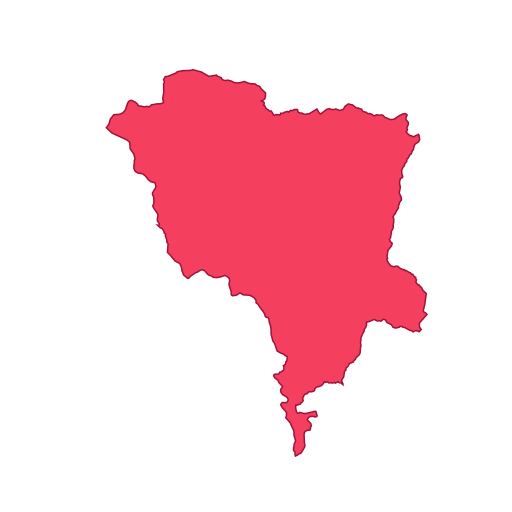 the district of Sao Salvador Do Mundo, São Salvador do Mundo, Cabo Verde, rotated 107°
{"feature_id": "66160863B42982614395502", "entity_name": "Sao Salvador Do Mundo", "entity_type": "district", "adm_level": 2, "iso_a3": "CPV", "parent_name": "Cabo Verde", "parent_adm1": "São Salvador do Mundo", "projection": "albers", "projection_center": [-23.615, 15.088], "detail": "fine", "context": "isolated", "style": "filled", "palette": "rose", "viewbox_px": 512, "rotation_deg": 107, "n_neighbors": 0, "source": "geoboundaries", "source_scale": "gbopen_adm2", "svg_char_len": 6060}
<svg xmlns="http://www.w3.org/2000/svg" viewBox="0 0 512 512"><g transform="rotate(107 256 256)"><path d="M114.4,396.0L116.1,394.5L118.8,394.6L126.2,392.1L132.5,391.3L136.5,389.3L138.5,392.1L139.3,394.8L142.0,400.2L144.4,401.5L144.9,404.5L146.0,406.1L146.3,409.8L146.9,412.4L145.6,413.4L144.2,416.1L143.5,420.4L144.0,421.8L145.5,423.0L147.8,423.5L154.4,423.6L158.0,425.2L160.4,427.9L162.3,433.2L167.5,435.3L172.8,435.2L177.1,436.6L180.5,429.7L182.7,413.6L184.2,410.0L190.4,407.6L194.0,402.8L198.4,400.1L200.6,400.3L202.6,399.5L205.0,399.3L208.3,398.2L210.5,396.1L211.2,392.7L210.5,388.4L212.1,384.7L214.4,381.4L215.7,378.4L215.6,373.9L218.6,372.1L220.1,372.0L225.8,373.4L227.3,373.1L229.5,371.1L233.9,369.5L236.1,369.1L238.4,369.4L240.4,367.5L243.9,363.0L245.4,361.7L250.2,361.0L251.4,360.4L253.6,357.6L255.2,358.0L255.3,359.1L257.0,355.9L257.2,353.8L259.1,351.4L260.7,350.7L261.4,348.9L263.3,348.6L266.4,346.2L268.9,345.3L270.2,343.6L278.5,341.7L279.7,339.2L284.5,331.8L285.5,326.7L288.0,324.4L292.0,322.3L295.3,319.7L297.3,315.0L297.0,313.9L294.8,313.0L289.8,309.0L288.2,306.9L286.3,305.5L284.9,303.6L285.0,300.9L288.0,296.2L288.2,292.4L288.9,290.7L288.1,287.1L286.4,283.8L283.6,279.9L284.3,277.0L285.4,274.9L287.2,274.0L290.4,273.7L292.1,273.0L297.3,269.3L300.3,268.3L300.9,266.9L299.3,263.4L296.0,260.5L296.9,257.0L295.4,250.6L295.8,247.9L296.4,245.8L298.0,243.5L299.5,242.5L300.7,242.3L301.7,239.8L304.4,236.7L307.4,232.4L309.2,230.6L310.9,229.6L311.7,228.3L311.2,226.5L312.2,225.5L316.1,223.6L318.3,221.8L321.9,220.1L326.3,218.7L330.8,216.0L332.9,214.5L334.1,212.7L340.7,208.0L341.5,204.4L341.8,200.8L342.7,199.2L343.0,196.7L347.4,195.8L348.1,196.5L351.1,196.2L353.0,197.8L353.8,197.0L355.9,196.2L356.8,196.2L359.6,198.1L360.1,199.3L362.0,199.8L362.6,200.5L363.1,202.6L363.9,203.8L364.4,204.1L365.5,204.1L367.2,202.2L368.3,198.8L370.4,197.1L373.0,192.4L376.5,193.4L378.8,192.6L380.7,190.3L382.0,185.0L383.8,183.3L385.0,183.1L386.9,183.7L387.4,184.2L388.5,188.2L391.0,189.0L393.4,186.5L395.7,182.6L397.0,181.0L399.8,180.2L402.0,180.2L405.4,174.7L412.3,168.6L416.6,167.1L420.8,164.3L422.2,164.1L424.3,164.5L430.2,163.6L431.2,162.9L432.4,161.2L435.1,160.4L435.8,159.8L434.3,158.1L433.0,157.4L431.3,155.3L424.5,153.6L423.0,153.8L420.1,155.2L412.8,157.8L410.6,158.1L408.3,156.9L406.6,153.4L405.3,153.3L404.6,153.9L402.3,153.4L400.1,154.7L398.0,158.5L397.5,159.1L396.7,159.0L394.8,158.4L393.7,157.3L392.5,154.2L392.8,152.9L391.8,151.0L391.0,150.8L387.3,153.1L387.1,153.9L391.8,161.9L392.7,164.6L392.6,167.7L392.9,168.6L394.0,169.4L394.2,170.1L393.2,171.7L390.1,173.5L386.9,174.4L386.8,173.3L385.9,172.4L385.3,170.9L384.4,170.2L383.3,170.1L383.1,169.6L381.5,168.8L380.5,168.6L378.4,169.8L374.4,169.2L373.2,167.9L373.0,167.1L370.5,165.8L369.4,162.7L368.0,160.9L367.0,160.7L366.0,161.0L364.1,160.1L363.1,159.1L362.6,157.7L360.5,155.3L358.1,154.2L356.2,153.9L356.5,152.8L355.5,150.7L356.1,149.2L355.2,147.1L355.3,146.0L353.9,143.6L354.4,143.0L352.3,140.8L352.8,139.6L352.6,137.6L353.6,135.2L352.6,135.6L350.6,137.4L349.6,137.8L346.0,136.8L340.5,137.6L338.7,136.6L338.0,137.1L336.7,137.0L334.4,135.7L331.5,135.2L329.1,132.1L326.8,131.4L326.0,130.8L323.9,130.5L320.0,128.3L318.2,128.1L312.9,129.3L312.1,129.2L310.0,129.8L308.3,130.8L305.6,131.1L304.2,131.7L299.4,131.3L296.2,130.6L294.3,131.0L292.2,130.2L289.5,130.1L287.1,131.1L285.8,128.9L282.1,124.4L282.7,121.1L281.7,118.7L281.9,117.6L281.0,116.7L279.5,116.1L279.2,115.3L279.4,113.1L280.6,112.4L281.4,110.9L282.0,106.6L284.1,104.1L284.1,101.4L282.3,98.3L281.8,98.2L281.9,97.9L281.1,97.3L280.7,95.7L281.3,94.5L280.9,93.2L282.1,87.0L282.0,85.2L282.7,83.5L280.9,82.1L280.4,79.2L280.7,77.8L277.9,76.5L276.2,78.8L273.8,79.8L272.0,80.0L262.0,75.4L261.0,76.7L260.3,79.4L259.5,80.0L252.4,80.5L242.1,82.2L240.1,86.2L237.6,88.7L237.3,89.9L236.0,91.4L236.2,92.8L234.3,95.5L231.9,95.5L231.1,96.6L229.7,97.0L229.4,98.7L227.7,100.7L227.9,101.8L226.9,103.4L226.9,104.8L226.0,108.2L226.4,108.8L225.6,110.5L226.1,111.1L225.6,114.7L224.3,117.5L225.1,119.8L226.1,120.9L225.9,122.6L226.2,123.6L224.1,127.1L221.1,129.9L219.8,129.4L218.9,130.2L217.3,130.7L212.0,131.4L207.4,129.6L205.5,129.3L203.8,129.6L203.2,131.4L201.2,133.3L199.2,132.7L192.2,133.7L190.8,133.2L188.4,133.1L185.9,133.9L184.0,134.1L180.3,135.0L179.1,136.2L176.3,136.1L175.2,135.3L172.2,134.9L168.3,133.8L166.4,134.5L164.9,134.2L162.9,134.4L159.8,133.3L157.1,134.5L154.0,137.4L147.9,138.1L145.1,139.7L142.5,140.5L139.7,140.5L138.2,138.9L136.8,139.0L135.2,140.3L131.7,141.8L128.0,141.3L126.3,140.5L124.3,140.7L121.6,139.5L119.4,140.0L117.8,139.1L114.2,138.4L113.0,137.4L109.6,137.2L108.2,136.6L105.4,136.9L102.8,136.7L99.2,133.9L96.9,133.5L93.0,135.3L92.2,136.3L95.9,140.2L95.6,142.7L95.8,144.0L94.6,146.9L93.3,148.7L91.9,148.1L90.9,148.1L89.5,149.2L85.2,148.8L83.6,149.5L81.9,152.2L80.7,152.9L78.3,153.0L77.5,152.6L76.6,153.0L76.2,155.0L77.1,157.0L79.9,160.0L84.9,164.0L86.2,167.2L85.7,173.6L84.7,174.9L84.2,176.7L85.3,179.4L85.8,182.2L87.3,183.7L87.4,184.3L86.6,186.8L86.5,189.0L87.2,190.5L86.4,192.6L86.5,196.0L86.1,196.8L84.7,197.8L84.9,199.7L84.5,201.5L85.1,202.0L84.9,203.8L83.2,208.2L83.6,209.9L83.4,211.7L84.0,212.5L86.6,214.5L90.2,215.4L92.2,218.2L92.3,219.9L92.0,222.5L93.2,224.4L93.9,227.2L93.6,228.9L95.0,231.2L101.4,235.8L100.3,238.0L97.6,240.7L104.7,247.0L104.8,247.8L106.0,250.1L106.4,251.8L105.8,253.4L106.3,254.9L106.2,257.4L106.0,257.9L103.8,259.1L103.9,260.0L104.9,262.6L106.5,263.8L106.6,265.5L108.9,266.9L108.5,268.1L110.6,271.4L111.8,272.1L112.2,274.1L114.0,274.2L115.0,278.5L116.2,279.7L115.7,281.1L114.7,281.6L112.9,283.9L113.5,285.4L112.6,287.1L112.1,289.4L109.9,291.4L109.6,292.8L108.5,292.6L106.8,293.1L106.3,294.3L106.2,296.2L103.5,293.6L101.1,293.5L97.3,294.5L94.7,299.7L92.7,302.2L92.7,304.8L91.7,307.1L93.0,312.7L92.5,318.2L94.0,320.4L95.8,323.9L96.5,327.3L95.9,331.4L96.1,334.5L97.3,336.9L97.2,339.5L96.6,340.7L95.7,341.2L95.3,345.5L94.5,346.6L98.0,353.5L96.0,362.0L96.3,370.9L97.6,372.7L100.1,380.1L102.8,385.1L104.5,386.2L108.0,390.4L109.9,392.8L111.0,395.2L114.4,396.0Z" fill="#f43f5e" stroke="#9f1239" stroke-width="1.5"/></g></svg>